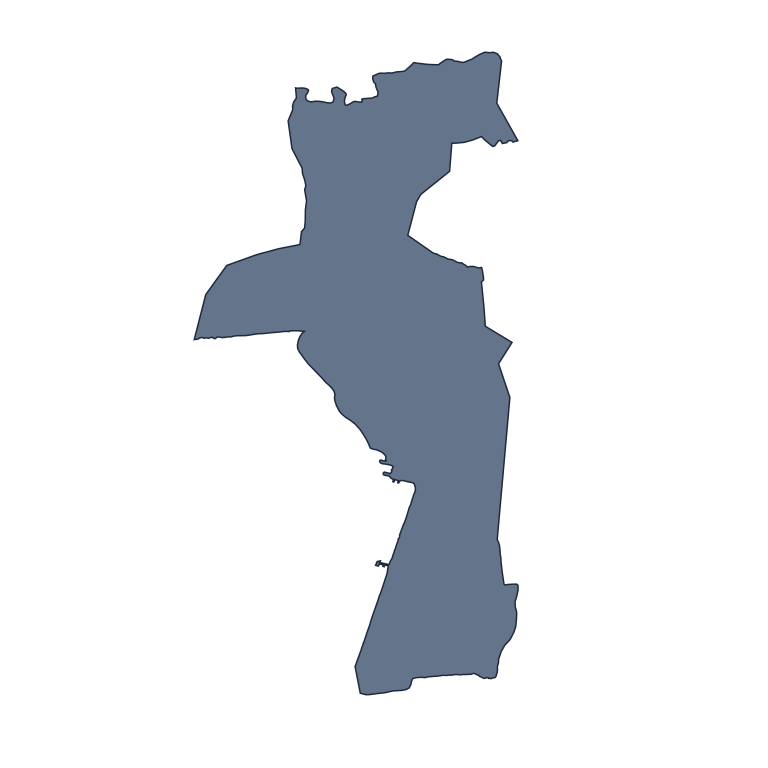 the district of Cul De Sac, Castries, Saint Lucia, rotated 259°
{"feature_id": "8701671B53480283308673", "entity_name": "Cul De Sac", "entity_type": "district", "adm_level": 2, "iso_a3": "LCA", "parent_name": "Saint Lucia", "parent_adm1": "Castries", "projection": "robinson", "projection_center": [-61.007, 13.982], "detail": "fine", "context": "isolated", "style": "filled", "palette": "slate", "viewbox_px": 768, "rotation_deg": 259, "n_neighbors": 0, "source": "geoboundaries", "source_scale": "gbopen_adm2", "svg_char_len": 6089}
<svg xmlns="http://www.w3.org/2000/svg" viewBox="0 0 768 768"><g transform="rotate(259 384 384)"><path d="M463.8,206.2L463.6,209.8L464.5,212.3L464.2,215.0L463.2,216.1L463.4,217.4L463.1,218.1L462.7,220.1L462.4,221.1L462.7,222.5L462.6,224.8L462.0,224.9L460.9,226.0L460.8,226.9L460.9,227.4L461.5,228.3L461.9,229.2L461.9,229.8L461.8,230.5L460.3,234.3L460.3,235.7L460.1,236.8L460.0,240.6L459.4,242.9L459.5,243.8L459.7,245.4L459.4,249.1L458.1,256.2L457.8,258.6L457.5,267.4L457.2,271.1L456.5,275.2L456.0,282.0L455.4,287.1L454.6,296.2L454.3,298.1L453.5,301.0L454.2,301.9L452.5,310.3L450.8,315.9L449.1,312.9L446.1,310.1L443.0,308.2L438.9,306.5L435.3,306.0L431.3,307.1L428.4,308.6L423.4,310.8L418.2,313.5L401.3,324.5L397.0,326.9L392.8,330.2L389.7,332.1L386.6,333.5L383.1,333.9L379.7,332.7L376.9,332.6L372.0,333.2L365.9,334.9L362.4,336.9L358.1,340.4L355.1,343.8L350.1,348.1L344.0,351.8L338.5,354.1L333.1,356.1L329.1,357.2L323.6,358.4L321.8,361.5L321.1,363.6L318.5,367.7L317.0,369.4L314.4,371.2L313.4,371.7L311.8,371.9L309.6,371.2L309.2,370.9L308.4,371.2L307.8,372.2L308.1,370.6L309.0,368.2L310.0,366.3L310.0,365.8L309.5,365.2L308.7,364.9L307.5,365.4L306.8,365.9L305.9,367.5L305.5,369.1L303.8,373.5L303.2,374.8L302.5,375.9L301.3,377.3L300.8,377.2L300.0,376.4L298.8,375.9L298.5,375.0L297.4,374.9L296.8,375.0L296.1,374.5L295.9,374.2L294.9,373.0L297.5,367.5L297.0,366.6L296.2,366.1L295.5,366.0L294.9,366.4L294.3,367.3L293.0,370.6L292.5,371.6L292.0,371.9L290.7,372.5L289.8,373.3L288.6,374.9L288.6,375.2L286.7,374.1L286.2,374.2L285.9,374.7L286.1,375.2L288.0,376.5L286.5,379.5L284.7,378.7L284.4,378.7L284.1,379.1L284.1,379.5L284.2,379.8L285.9,380.8L285.9,382.9L285.6,384.2L283.3,389.2L282.0,392.6L281.3,393.7L281.3,393.9L280.1,394.4L279.9,394.7L277.1,394.9L276.3,395.1L273.9,394.5L273.0,394.2L271.9,393.6L269.9,392.2L266.8,390.6L266.0,389.9L264.5,389.3L262.9,388.3L261.6,387.9L258.0,385.3L250.0,381.1L244.5,377.9L241.6,375.8L232.7,370.4L231.7,370.4L230.3,369.8L229.7,369.2L229.5,368.6L228.8,368.2L227.7,368.1L223.5,365.4L222.2,364.7L221.4,364.4L218.0,362.2L217.3,362.1L215.1,360.6L211.2,358.5L209.1,356.6L205.8,354.4L209.6,345.7L211.1,346.7L211.0,343.4L207.6,341.1L206.3,343.8L208.3,345.0L206.8,348.6L205.4,348.0L204.6,349.3L205.7,350.0L205.9,350.7L204.9,353.5L197.5,350.9L182.8,342.7L180.7,341.5L176.2,338.6L173.9,337.4L169.0,334.6L162.1,330.5L154.0,325.9L150.9,324.4L143.1,319.8L136.5,316.1L135.5,315.6L133.9,314.4L131.5,313.3L129.6,311.9L127.6,311.0L116.9,304.5L113.7,302.7L112.3,301.7L85.0,301.7L84.0,303.7L83.2,305.6L82.5,306.8L81.9,310.0L81.5,317.3L80.8,325.7L80.8,329.2L81.0,331.3L81.0,334.5L79.9,342.5L79.8,345.0L79.9,347.6L80.9,350.8L83.9,353.1L86.2,353.9L88.0,355.0L88.8,355.5L89.3,356.2L89.5,357.7L89.6,359.6L89.2,362.9L89.1,364.1L88.5,366.5L88.1,367.3L88.0,368.4L88.1,371.8L87.6,375.7L87.6,376.7L87.5,377.7L87.3,378.3L87.1,380.0L86.9,382.8L86.8,384.1L87.0,384.8L87.0,385.0L86.8,385.5L86.8,386.1L85.9,390.3L85.9,391.5L85.7,393.3L85.3,394.2L85.3,396.9L85.1,399.2L84.8,400.4L84.1,402.8L83.8,404.4L83.8,406.6L83.3,408.3L82.8,412.0L82.4,414.1L82.7,415.3L82.8,416.1L82.8,416.7L82.3,417.9L80.6,420.0L80.5,420.7L80.2,421.2L79.4,421.4L79.0,421.8L76.2,425.6L75.8,426.6L76.2,428.6L75.9,430.1L75.6,430.5L75.3,430.4L74.8,430.9L74.9,432.0L74.3,433.0L74.7,434.3L74.6,435.6L74.7,436.9L75.3,437.8L76.1,438.5L77.7,439.0L77.8,439.3L79.8,440.3L82.1,440.9L85.3,441.5L88.6,443.2L91.8,443.9L99.2,448.1L104.6,452.8L108.7,458.5L110.1,459.9L116.0,464.4L120.7,467.0L128.4,469.3L133.6,470.5L136.6,470.7L139.9,470.3L145.3,471.1L149.5,473.4L156.1,476.3L160.9,477.1L162.2,476.0L162.9,472.3L163.6,467.0L163.6,464.2L164.8,463.6L176.0,464.1L185.6,464.8L191.9,465.6L194.8,465.6L198.8,466.2L203.4,466.5L207.1,466.2L209.6,465.4L346.8,505.0L382.0,500.3L400.4,517.6L421.3,494.5L441.6,496.9L465.5,499.1L467.2,501.6L469.9,502.0L476.5,502.2L479.8,502.0L479.9,501.8L479.7,501.2L479.8,499.1L482.4,494.1L482.6,492.3L483.0,491.3L482.8,488.3L484.9,486.8L485.9,485.5L488.2,483.3L488.2,482.2L488.6,481.1L489.8,478.7L492.3,475.7L493.0,474.7L494.0,472.0L494.3,470.9L497.6,466.6L498.2,464.7L500.6,461.5L501.4,460.9L502.2,458.9L503.3,457.1L525.4,435.7L556.6,450.7L563.1,456.3L580.3,489.0L607.4,496.5L606.7,500.7L605.9,508.6L606.5,517.1L608.3,527.0L605.1,528.9L598.8,534.0L596.4,536.1L596.7,538.2L600.9,542.8L600.9,544.9L597.5,546.1L597.5,550.6L599.1,552.7L598.5,555.8L596.9,556.7L597.3,561.8L638.2,548.3L678.8,561.1L680.9,560.4L682.6,560.4L686.5,558.3L688.8,554.6L689.0,551.0L690.5,546.3L689.2,540.5L687.5,535.6L686.0,532.0L685.8,530.1L684.5,524.0L684.9,521.6L686.4,518.6L687.0,517.0L687.5,514.5L689.1,513.4L689.9,511.4L690.5,509.0L690.8,507.3L690.2,505.5L687.9,500.1L687.1,498.7L687.2,497.4L688.8,490.2L689.8,486.5L691.1,482.6L692.6,477.6L693.7,475.1L693.5,474.0L692.3,472.6L689.5,467.8L687.3,464.2L687.3,461.8L687.7,458.0L688.0,455.8L687.7,451.3L688.6,447.5L689.0,443.2L689.7,440.4L689.9,438.5L688.4,431.8L685.5,431.2L682.3,431.5L680.6,432.8L676.9,432.8L671.6,433.8L669.2,433.1L667.8,432.2L667.6,429.4L666.9,427.0L667.9,419.2L668.0,416.9L667.5,416.5L666.2,416.7L664.8,415.5L666.7,410.3L667.0,408.8L666.8,407.3L665.5,403.9L665.1,402.3L664.7,400.4L665.0,399.7L665.7,399.2L666.5,399.1L669.1,399.1L669.8,399.3L671.7,400.0L675.2,402.1L676.0,402.2L676.6,402.0L678.4,400.7L679.8,399.4L684.1,394.9L684.4,394.3L684.4,393.5L684.1,391.7L684.1,390.4L684.0,389.9L683.6,389.4L683.3,389.1L682.6,388.8L681.0,388.4L679.4,388.5L676.8,389.1L674.3,389.4L672.9,389.1L671.3,388.2L670.5,387.5L670.1,386.3L670.1,384.8L670.9,381.9L673.0,377.0L673.8,374.5L674.6,371.0L674.8,369.0L674.7,367.8L675.0,366.0L675.6,364.5L676.2,363.6L677.0,362.7L678.1,362.0L678.8,361.8L680.0,361.8L682.6,362.5L684.0,364.2L686.3,365.9L687.0,365.9L687.4,365.7L688.4,364.6L689.3,363.0L689.9,361.3L690.4,358.9L690.7,356.6L690.9,355.2L691.2,354.3L691.5,353.7L681.5,352.6L678.0,349.1L674.4,347.3L670.6,346.7L660.6,340.1L632.6,338.6L611.4,344.8L606.5,344.2L598.9,345.1L593.5,345.1L589.9,343.2L578.5,342.9L570.1,340.1L558.7,337.7L552.2,335.8L549.5,332.2L537.0,328.1L536.9,325.3L536.9,306.6L535.3,284.1L530.4,252.3L505.8,226.1L463.8,206.2Z" fill="#64748b" stroke="#1e293b" stroke-width="1.5"/></g></svg>